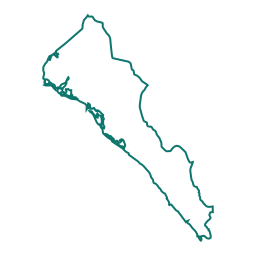 map outline of Sinaloa (Robinson projection)
{"feature_id": "MEX-2711", "entity_name": "Sinaloa", "entity_type": "State", "adm_level": 1, "iso_a3": "MEX", "parent_name": "Mexico", "parent_adm1": "", "projection": "robinson", "projection_center": [-107.612, 24.763], "detail": "fine", "context": "isolated", "style": "outline", "palette": "teal", "viewbox_px": 256, "rotation_deg": 0, "n_neighbors": 0, "source": "natural_earth", "source_scale": "10m", "svg_char_len": 5699}
<svg xmlns="http://www.w3.org/2000/svg" viewBox="0 0 256 256"><path d="M198.8,237.7L199.2,237.5L198.5,236.1L198.1,235.9L197.7,236.5L197.4,236.5L197.0,233.8L195.6,231.4L192.2,227.8L190.3,225.2L189.6,224.4L187.9,223.3L187.1,222.4L187.0,222.1L187.9,220.8L186.8,221.2L185.9,222.1L177.9,211.3L176.3,210.5L175.5,209.7L171.6,204.9L170.9,204.4L169.6,205.1L169.1,204.8L169.1,202.6L168.9,201.9L167.4,199.5L166.7,198.8L166.6,198.5L167.1,198.1L167.1,197.8L165.2,194.0L164.7,193.4L163.9,193.2L163.1,192.6L161.4,191.0L160.2,188.7L159.2,188.1L157.6,185.7L156.4,184.3L155.6,183.7L153.8,183.0L153.4,182.1L153.0,179.8L151.0,177.1L150.5,175.0L149.3,172.6L143.6,166.1L141.6,164.4L140.2,163.7L138.0,161.4L129.3,155.1L128.8,154.6L128.7,153.4L128.2,152.9L126.5,152.1L125.0,150.9L122.4,148.3L112.7,141.9L111.9,141.1L111.6,140.2L111.8,139.7L112.0,139.7L112.8,140.4L112.9,141.3L116.6,143.4L122.4,147.4L124.3,148.4L121.9,146.7L122.1,146.3L122.9,146.6L124.3,147.7L124.5,147.1L123.9,147.1L125.1,145.7L125.1,144.7L124.9,144.1L123.4,140.3L122.9,139.7L121.5,139.3L120.3,139.8L119.9,140.4L120.5,140.5L121.6,140.1L121.9,140.4L121.8,140.8L120.2,142.4L119.0,142.8L118.2,142.3L117.6,141.3L116.8,140.7L115.6,141.4L115.0,141.2L113.9,140.0L113.6,138.7L112.5,138.1L110.8,136.2L110.2,136.0L109.6,136.4L107.9,134.8L106.9,134.3L105.9,134.1L106.1,134.6L108.3,136.9L110.8,138.6L111.3,139.4L110.2,139.1L107.1,137.0L103.4,133.6L103.0,132.9L102.5,129.6L101.6,128.0L101.0,127.6L100.7,126.9L100.9,126.7L101.7,126.9L103.5,128.3L104.1,128.3L104.4,127.2L104.2,126.4L103.8,125.5L102.7,124.4L103.2,123.9L103.1,120.6L103.9,118.7L103.4,118.0L101.7,116.5L101.2,116.4L101.2,117.3L101.9,120.5L101.5,124.3L101.4,124.9L101.2,125.1L100.7,125.0L100.0,124.4L99.6,125.1L98.0,124.0L96.7,122.2L93.5,115.1L92.5,113.7L91.0,112.4L89.8,111.6L89.5,111.1L91.4,111.3L92.1,111.8L92.4,112.6L95.0,115.8L95.6,117.4L96.4,117.1L97.4,117.7L97.8,117.6L97.9,116.2L97.7,115.5L96.8,115.7L96.4,115.4L96.9,114.2L97.5,113.6L98.8,115.2L99.5,115.5L101.3,115.8L102.7,116.4L103.1,116.0L103.1,114.9L98.8,110.8L98.3,110.5L97.6,110.4L97.9,110.8L97.9,111.1L97.0,111.4L96.0,110.9L95.3,110.1L94.1,108.0L93.6,108.1L92.7,108.7L92.1,108.4L91.6,108.8L90.5,108.8L89.3,108.6L88.6,108.2L88.4,106.4L90.1,107.4L90.0,105.4L89.9,104.7L89.5,104.2L88.2,103.4L87.1,108.6L86.6,109.4L86.7,106.0L86.3,105.1L85.1,103.8L80.1,101.5L77.6,99.8L75.9,99.3L72.7,99.0L73.7,98.3L75.4,98.4L78.4,99.4L77.4,98.9L75.8,97.4L74.6,97.1L72.3,97.8L71.3,97.9L70.7,97.1L72.4,97.1L72.8,96.7L72.1,95.5L72.1,94.8L71.7,94.7L70.7,95.4L71.2,93.2L71.2,90.2L70.1,90.4L68.7,89.7L68.5,89.1L68.3,89.0L67.4,89.4L66.1,89.1L65.8,89.2L65.8,90.0L66.4,91.2L66.3,92.3L65.7,93.2L65.0,93.7L64.4,93.8L63.9,93.4L63.5,92.7L64.0,92.7L64.1,92.4L63.5,91.9L61.4,92.1L60.8,92.5L60.7,93.0L61.2,93.7L60.0,93.8L58.7,92.9L56.7,90.4L57.8,89.7L58.6,88.2L59.1,88.0L60.5,88.6L61.3,88.3L61.6,88.8L61.8,89.7L62.3,90.0L62.7,89.0L62.7,88.0L63.2,87.7L65.4,85.4L65.8,84.7L65.9,83.7L66.4,83.5L66.5,83.1L66.4,81.6L66.8,80.6L68.5,79.1L68.7,78.0L68.3,77.3L67.8,77.9L65.7,82.4L65.0,83.0L62.0,84.2L61.1,84.9L59.8,87.0L58.9,87.7L57.8,87.4L56.8,88.0L56.0,88.1L55.5,87.5L54.4,84.9L52.2,83.9L51.1,83.1L50.9,83.3L51.3,84.4L54.4,87.4L55.1,88.4L55.0,89.4L54.0,88.4L52.0,85.9L50.5,85.4L45.9,85.5L44.4,85.0L45.4,84.3L46.5,83.9L47.8,84.0L49.0,84.4L49.0,82.7L49.6,81.9L48.9,80.7L48.1,80.1L46.5,79.3L45.8,79.4L45.3,79.7L45.0,80.3L45.0,83.1L44.8,83.4L44.4,82.7L44.7,80.6L44.6,79.5L44.3,79.0L43.4,78.7L43.2,77.9L43.8,75.0L44.1,74.5L44.1,72.9L43.3,70.6L43.3,67.5L43.5,66.7L45.0,64.1L47.3,61.2L47.9,59.3L49.4,56.3L49.8,56.1L49.6,56.8L49.6,57.8L49.3,59.4L49.5,59.9L49.9,60.0L50.4,59.0L50.7,57.6L52.0,55.0L55.1,52.8L55.1,53.6L54.7,54.3L54.2,54.7L54.2,55.0L55.1,55.4L57.0,57.3L57.6,57.3L57.7,56.8L57.1,55.7L57.1,55.0L58.2,54.3L57.9,53.7L56.8,53.7L55.8,51.7L56.2,50.8L65.7,43.2L82.2,28.8L82.5,28.1L82.6,25.0L83.9,20.1L86.0,17.9L87.8,15.4L88.3,16.3L89.2,16.6L91.3,16.5L92.1,16.6L92.8,17.1L93.7,18.7L95.1,20.5L97.2,21.5L101.5,22.5L102.5,23.0L102.8,24.1L102.7,26.6L103.4,28.2L106.9,33.5L108.7,35.3L109.4,36.3L110.2,38.6L111.0,47.1L112.0,55.9L112.3,57.3L112.6,58.0L113.4,58.3L127.7,61.5L128.9,61.9L129.9,62.6L130.7,63.7L131.9,69.5L133.3,70.3L133.6,70.8L134.2,74.2L134.4,74.5L136.6,75.4L138.7,76.9L139.7,77.9L141.9,81.0L142.7,81.7L146.5,84.2L147.7,85.2L145.7,87.6L144.7,89.6L142.5,92.1L141.6,93.8L141.0,96.0L139.8,104.9L139.8,107.2L140.3,109.4L142.0,115.6L143.6,120.4L144.0,121.1L144.6,121.5L146.7,122.4L147.0,123.0L147.1,124.9L147.5,125.7L147.9,126.2L149.3,126.6L151.2,126.7L151.7,127.2L153.1,129.5L155.3,130.9L156.1,132.5L156.7,134.3L157.7,135.9L159.2,137.6L161.0,141.7L161.4,143.3L161.5,145.9L161.6,146.6L162.0,147.2L165.0,150.2L166.4,151.2L167.1,151.2L170.1,151.1L170.7,150.8L172.7,148.1L174.1,146.9L175.5,146.1L177.1,145.8L179.3,146.4L180.6,147.4L184.8,151.4L185.6,152.4L188.0,159.2L189.2,161.6L190.0,162.4L190.8,162.6L192.8,162.0L192.4,163.6L190.6,168.1L190.3,169.9L190.4,171.9L191.4,179.1L191.6,179.9L192.8,182.3L193.3,184.5L193.7,185.6L195.0,186.6L196.9,187.0L197.2,188.1L198.6,190.1L199.1,191.2L198.7,192.5L199.4,193.2L199.5,193.7L199.2,195.4L200.1,197.1L200.2,199.4L200.7,200.1L202.5,201.5L203.0,202.7L206.0,205.9L207.5,206.7L209.2,206.9L212.7,206.5L212.8,212.2L210.9,212.2L210.2,212.7L209.4,214.5L209.4,215.1L210.5,217.5L210.5,218.0L209.6,219.3L207.3,221.2L205.9,223.0L205.2,224.0L205.0,225.0L205.3,225.8L206.7,227.0L207.5,228.5L208.8,229.2L208.6,230.5L209.4,230.9L209.8,232.1L210.7,235.7L210.7,237.4L209.7,238.4L208.3,238.6L206.9,238.2L204.4,236.0L203.5,235.8L200.8,236.4L201.5,239.1L201.4,240.0L200.8,240.6L200.0,239.8L198.8,237.7ZM65.6,94.7L69.1,96.0L69.9,97.3L70.4,97.7L69.7,98.2L66.8,96.6L65.0,95.8L61.7,95.7L61.2,95.4L60.9,94.7L65.6,94.7Z" fill="none" stroke="#0f766e" stroke-width="2"/></svg>